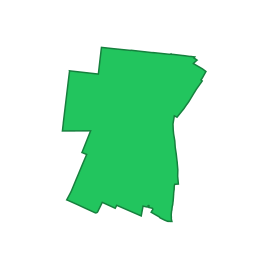 Corabia, Romania, rotated 292°
{"feature_id": "2599482B61415675017913", "entity_name": "Corabia", "entity_type": "district", "adm_level": 2, "iso_a3": "ROU", "parent_name": "Romania", "parent_adm1": "", "projection": "albers", "projection_center": [24.472, 43.795], "detail": "fine", "context": "isolated", "style": "filled", "palette": "green", "viewbox_px": 256, "rotation_deg": 292, "n_neighbors": 0, "source": "geoboundaries", "source_scale": "gbopen_adm2", "svg_char_len": 2491}
<svg xmlns="http://www.w3.org/2000/svg" viewBox="0 0 256 256"><g transform="rotate(292 128 128)"><path d="M212.7,140.0L212.4,139.7L212.0,139.2L211.8,138.7L210.5,134.1L207.5,123.6L207.4,123.7L207.0,122.4L201.2,101.6L200.9,101.4L200.7,100.7L196.0,84.5L192.8,73.2L189.8,74.0L178.2,77.2L166.9,80.3L165.4,75.0L164.9,73.2L159.4,53.5L159.1,52.3L158.8,52.5L158.1,52.7L156.2,53.2L150.2,54.8L108.5,66.1L108.3,66.2L100.7,68.3L111.4,94.4L93.5,94.5L88.0,94.5L88.0,99.6L82.4,99.5L77.6,99.4L66.2,99.3L61.0,99.2L60.3,99.2L48.5,99.1L45.8,98.9L41.1,98.4L38.4,98.1L38.4,100.0L38.0,110.8L37.9,112.5L37.6,118.2L37.1,129.3L37.1,129.7L37.2,129.9L37.4,130.2L37.6,130.5L37.9,130.8L38.2,131.0L38.7,131.2L39.2,131.3L40.9,131.4L49.4,132.0L49.4,132.6L48.8,146.2L52.1,146.5L51.7,162.1L51.4,173.2L61.2,171.2L61.8,174.7L62.1,175.8L62.4,176.0L62.8,175.9L63.5,175.7L63.7,175.8L63.8,176.1L63.9,176.3L63.9,176.5L63.6,176.7L63.3,176.7L63.2,176.7L62.6,176.8L62.4,176.9L62.2,176.9L62.1,177.0L62.2,177.5L62.4,178.7L62.7,180.8L62.2,181.3L61.8,181.5L61.5,181.6L61.2,181.5L60.8,181.4L60.5,181.2L59.9,181.2L59.4,181.2L58.6,181.0L58.1,184.4L57.3,190.2L56.7,191.4L56.5,193.9L56.3,196.4L56.3,199.7L57.4,202.7L57.8,203.7L58.6,203.1L59.4,202.6L60.2,202.1L61.1,201.8L62.2,201.3L63.2,200.8L64.6,200.3L65.7,200.0L67.0,199.6L68.3,199.4L69.1,199.2L70.0,198.9L71.2,198.6L72.0,198.4L72.6,198.3L73.1,198.3L73.5,198.2L74.3,198.0L75.0,197.8L76.0,197.5L77.2,197.2L78.2,196.9L79.1,196.6L80.1,196.3L81.0,196.0L81.9,195.7L82.8,195.4L83.8,195.1L84.5,194.8L85.3,194.6L85.5,194.5L86.3,194.3L87.1,194.1L87.9,193.9L88.7,193.7L89.4,193.4L90.2,193.1L91.0,192.8L91.7,192.6L92.2,192.5L93.3,192.4L94.9,195.7L101.9,192.1L107.8,189.9L113.9,186.8L114.2,186.7L114.4,186.6L115.8,185.8L116.0,185.7L116.5,185.4L121.9,182.5L127.8,179.0L133.6,176.2L139.6,172.5L142.9,170.8L143.2,170.6L143.3,170.6L148.6,168.2L156.6,166.4L156.4,169.4L167.0,172.6L171.7,173.6L172.0,173.7L172.2,173.8L175.2,174.5L183.3,175.8L189.8,176.9L199.4,179.2L200.0,177.7L201.0,177.9L202.4,178.2L209.6,179.1L210.7,174.9L210.9,173.6L211.3,170.9L211.5,169.2L211.7,168.1L212.0,165.9L212.1,165.2L212.2,164.5L213.1,164.8L214.2,165.3L214.8,165.6L215.4,165.9L216.1,166.2L216.8,166.6L217.3,164.4L217.6,163.0L218.9,163.3L218.1,160.4L218.0,159.7L217.9,159.4L217.6,158.8L217.5,158.5L217.1,156.9L216.0,152.5L215.7,151.6L214.6,147.5L213.9,145.0L213.2,142.4L213.1,142.2L213.0,141.8L212.8,141.2L212.7,141.0L212.7,140.9L212.4,140.1L212.5,140.1L212.7,140.0Z" fill="#22c55e" stroke="#15803d" stroke-width="1.5"/></g></svg>